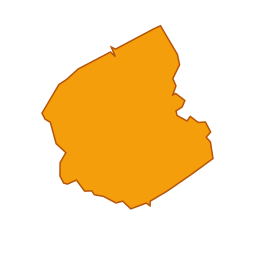 the district of Bedford, Tennessee, United States of America, rotated 56°
{"feature_id": "52423323B66750540744461", "entity_name": "Bedford", "entity_type": "district", "adm_level": 2, "iso_a3": "USA", "parent_name": "United States of America", "parent_adm1": "Tennessee", "projection": "albers", "projection_center": [-86.442, 35.51], "detail": "fine", "context": "isolated", "style": "filled", "palette": "amber", "viewbox_px": 256, "rotation_deg": 56, "n_neighbors": 0, "source": "geoboundaries", "source_scale": "gbopen_adm2", "svg_char_len": 732}
<svg xmlns="http://www.w3.org/2000/svg" viewBox="0 0 256 256"><g transform="rotate(56 128 128)"><path d="M60.2,51.0L55.6,94.3L51.5,96.6L61.7,98.6L55.2,100.0L51.2,136.1L53.4,151.8L53.3,160.9L67.6,191.0L74.3,191.8L79.9,189.2L100.8,196.3L113.7,193.3L118.7,203.6L129.8,211.3L137.7,212.1L140.6,209.6L142.3,199.9L156.0,199.3L159.9,193.2L164.5,193.2L170.9,186.6L183.4,179.9L185.7,173.3L196.6,170.9L200.5,154.8L204.8,153.3L201.1,150.4L202.2,130.7L201.9,101.5L200.8,74.6L185.7,67.5L179.4,68.3L177.5,61.7L166.3,60.5L162.6,66.7L153.2,69.9L155.2,75.1L145.0,80.4L140.7,78.6L140.8,71.2L137.0,65.5L126.0,69.2L125.6,72.4L119.9,64.7L112.1,63.2L104.4,49.9L94.6,45.9L61.4,43.9L60.2,51.0Z" fill="#f59e0b" stroke="#b45309" stroke-width="1.5"/></g></svg>